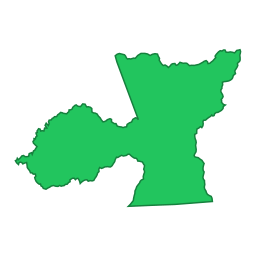 Mutunópolis, Goiás, Brazil (Robinson projection)
{"feature_id": "56859067B66418540138374", "entity_name": "Mutunópolis", "entity_type": "district", "adm_level": 2, "iso_a3": "BRA", "parent_name": "Brazil", "parent_adm1": "Goiás", "projection": "robinson", "projection_center": [-49.322, -13.713], "detail": "fine", "context": "isolated", "style": "filled", "palette": "green", "viewbox_px": 256, "rotation_deg": 0, "n_neighbors": 0, "source": "geoboundaries", "source_scale": "gbopen_adm2", "svg_char_len": 4646}
<svg xmlns="http://www.w3.org/2000/svg" viewBox="0 0 256 256"><path d="M175.0,204.4L212.4,201.5L212.2,199.8L212.0,198.2L211.2,196.4L209.0,195.4L207.4,194.3L206.5,192.8L205.8,190.7L204.7,189.1L204.3,187.1L204.8,184.5L204.5,182.1L204.5,180.6L203.4,179.2L202.9,177.3L203.4,175.1L203.8,173.5L204.1,171.9L203.2,170.5L203.0,168.9L203.1,167.1L203.6,165.1L204.1,163.5L203.2,162.3L201.9,160.3L200.3,159.3L199.2,158.4L198.1,157.6L196.4,157.3L195.1,157.0L194.1,155.7L194.7,153.9L196.0,151.8L196.2,149.5L195.6,145.4L195.9,143.9L196.2,142.5L195.9,140.6L195.1,138.5L194.8,136.9L194.7,134.4L196.7,133.3L196.7,130.7L197.0,129.0L198.9,128.0L200.5,126.6L201.8,127.6L202.9,125.8L203.2,123.7L202.9,121.6L203.6,120.3L205.6,120.1L207.0,118.8L208.7,117.5L210.8,116.2L211.7,115.0L212.9,116.0L214.1,115.5L214.7,113.6L216.3,112.5L217.9,112.4L220.2,111.1L221.5,110.3L223.0,108.6L223.3,106.5L225.3,105.0L223.4,104.5L222.6,103.4L221.5,102.4L221.7,100.9L221.2,99.5L222.1,98.5L223.1,96.7L222.6,94.8L220.9,91.8L220.9,89.7L221.9,88.5L221.9,86.7L222.7,84.9L222.4,82.3L224.1,81.6L225.7,81.5L227.3,81.2L228.8,80.9L230.4,80.1L231.7,79.2L232.6,77.9L233.2,75.8L234.1,74.7L235.5,73.7L234.9,71.8L235.0,70.4L235.9,69.1L237.0,67.3L237.8,65.5L237.4,63.6L238.2,62.5L239.5,61.5L240.1,60.1L240.1,57.8L239.8,55.0L240.3,53.3L240.6,51.5L240.0,49.7L238.6,50.1L236.8,50.4L234.6,52.9L232.7,52.3L230.2,51.9L228.4,52.3L226.1,52.2L225.0,50.0L223.5,50.0L222.0,51.0L220.2,50.7L218.5,51.9L216.3,54.3L215.1,56.1L215.7,57.6L212.7,61.0L211.3,62.0L209.8,63.3L208.0,63.6L207.5,61.8L206.1,60.6L204.1,61.3L202.7,62.3L198.9,64.4L196.1,65.0L194.4,65.4L191.6,65.3L189.4,65.6L188.0,64.3L186.8,63.3L185.0,63.1L183.7,63.3L182.1,63.0L180.0,62.3L179.1,63.4L177.6,64.9L176.2,65.3L174.9,63.5L172.8,63.7L171.4,64.3L170.2,65.9L168.3,67.5L167.1,66.2L165.1,65.0L163.2,65.5L161.9,64.3L160.6,62.5L159.2,60.1L159.5,58.4L158.2,56.1L157.5,54.1L155.0,53.7L152.3,54.3L150.1,55.5L147.6,54.0L144.8,53.4L142.7,53.4L141.0,53.4L137.7,55.5L135.3,58.3L133.6,58.1L130.6,59.0L129.1,58.7L127.5,59.0L126.4,57.9L125.6,56.1L124.5,54.8L123.0,54.4L119.4,53.5L117.2,54.2L115.2,55.8L116.9,61.9L138.4,119.7L136.9,118.1L135.4,117.8L132.8,119.4L131.6,122.0L129.5,122.8L127.1,124.4L126.6,126.8L124.8,127.0L123.0,127.6L121.6,127.0L119.8,126.8L117.3,126.2L116.0,123.6L114.2,123.6L111.5,121.8L111.5,119.4L110.0,118.7L107.3,119.7L106.0,120.9L104.7,121.5L103.0,121.9L101.2,119.7L100.3,118.0L99.3,117.0L98.3,116.0L97.1,114.0L94.9,113.0L93.6,113.0L91.9,111.9L91.8,108.5L90.4,107.3L88.1,106.7L86.9,107.0L86.0,105.9L85.1,104.2L82.7,103.9L80.5,106.6L77.7,106.2L76.2,104.9L74.9,105.4L72.8,107.3L72.0,109.2L70.4,109.9L69.1,109.9L68.8,111.8L67.7,112.6L66.7,113.8L63.3,113.3L62.1,112.7L60.6,112.4L59.4,113.6L57.7,114.8L56.6,116.6L54.5,116.7L53.4,117.9L52.2,118.4L51.4,119.8L49.1,120.2L48.5,121.9L49.1,123.4L48.4,125.5L46.2,123.2L45.1,125.4L46.0,126.8L46.8,128.0L44.6,128.1L43.9,131.0L42.1,130.7L40.8,131.1L40.1,129.1L38.6,128.7L37.0,131.1L37.3,132.5L36.0,133.0L36.4,134.4L37.0,136.0L35.7,137.1L35.4,138.9L34.0,138.6L34.0,140.4L33.0,141.4L33.4,143.0L35.1,144.8L37.0,146.6L35.5,148.9L34.7,150.3L33.5,150.9L32.2,154.4L31.5,152.7L29.2,153.6L28.6,156.4L26.6,156.7L24.9,156.6L23.6,155.5L21.9,155.9L20.2,158.0L18.3,159.7L17.3,158.3L16.8,159.9L15.4,160.7L16.6,162.8L18.5,164.5L18.9,162.9L20.1,162.0L22.0,162.7L22.8,163.9L24.5,163.1L26.6,162.5L27.0,164.6L27.3,167.6L28.5,169.3L29.7,170.8L30.5,172.8L31.9,172.8L33.2,174.1L35.4,174.1L35.8,176.2L34.7,177.5L35.2,179.3L36.2,181.5L37.6,183.0L39.2,184.2L40.5,184.0L41.0,185.9L42.5,186.8L43.3,188.4L46.0,189.2L47.9,188.0L49.6,187.2L51.4,186.0L53.7,185.5L55.2,186.1L56.5,186.3L58.0,186.4L59.7,185.4L61.1,186.2L62.6,185.8L64.1,185.6L65.4,184.4L67.2,184.2L68.6,182.5L70.1,181.7L69.9,179.9L72.3,178.3L74.2,178.2L75.4,179.7L76.5,178.6L77.9,178.3L78.8,179.5L79.7,181.5L80.2,183.5L81.1,182.5L82.6,181.3L84.1,180.4L85.5,179.9L86.9,179.8L88.2,181.2L90.2,180.6L92.1,180.9L93.8,180.4L94.9,178.4L96.2,176.6L97.1,174.8L97.6,173.0L99.0,171.6L98.8,169.3L99.7,167.5L101.5,168.4L103.2,167.8L104.8,166.9L106.0,166.8L107.6,166.6L109.2,166.9L110.6,166.9L112.1,165.7L113.0,164.2L114.7,161.6L115.2,159.6L116.5,157.2L117.7,157.5L119.9,156.2L121.5,155.3L123.4,156.0L126.4,155.4L128.0,154.2L129.5,154.2L130.8,155.5L132.2,156.7L134.3,158.1L136.0,158.2L137.3,159.4L137.7,161.0L139.8,161.3L142.4,162.0L143.6,164.2L144.5,165.4L144.3,167.1L143.7,169.2L144.5,171.0L144.5,172.6L143.8,174.2L143.2,176.7L143.5,179.0L141.3,180.1L140.2,181.3L139.6,182.9L138.0,184.9L136.7,186.7L136.0,188.8L135.0,190.9L134.9,193.4L134.3,195.3L133.6,198.4L133.3,200.6L131.8,202.5L130.2,204.5L128.4,206.3L151.0,205.3L175.0,204.4Z" fill="#22c55e" stroke="#15803d" stroke-width="1.5"/></svg>